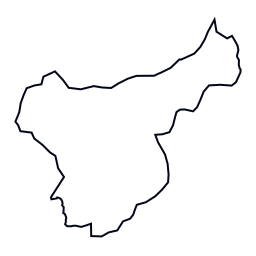 outline of Ethiope East, Delta, Nigeria
{"feature_id": "59680162B29085579275088", "entity_name": "Ethiope East", "entity_type": "district", "adm_level": 2, "iso_a3": "NGA", "parent_name": "Nigeria", "parent_adm1": "Delta", "projection": "orthographic", "projection_center": [6.0, 5.695], "detail": "fine", "context": "isolated", "style": "outline", "palette": "ink", "viewbox_px": 256, "rotation_deg": 0, "n_neighbors": 0, "source": "geoboundaries", "source_scale": "gbopen_adm2", "svg_char_len": 1554}
<svg xmlns="http://www.w3.org/2000/svg" viewBox="0 0 256 256"><path d="M235.9,82.3L240.4,72.5L240.6,69.4L239.6,68.2L238.8,64.8L238.9,59.9L237.1,56.8L237.0,55.7L238.4,50.0L237.5,45.6L235.6,42.0L232.0,35.9L227.1,38.4L216.5,31.7L214.5,19.6L207.9,31.8L204.9,39.1L200.4,46.9L199.4,48.0L194.3,53.6L184.6,58.0L181.1,59.6L179.4,59.4L170.7,67.8L161.1,72.6L157.7,74.0L154.3,75.7L147.9,75.8L144.9,75.8L143.3,75.8L139.4,75.9L136.3,75.9L130.5,77.8L128.0,78.6L118.7,83.3L111.1,88.0L102.1,87.5L93.9,86.1L80.8,89.3L68.7,87.8L63.1,80.1L55.0,71.4L43.4,76.7L41.4,84.3L34.3,85.5L26.7,88.2L24.4,93.4L23.7,94.9L20.7,103.2L19.3,112.1L16.8,118.3L15.4,121.6L18.2,125.3L20.4,131.2L31.6,132.6L34.3,138.6L42.4,144.8L50.0,152.4L55.4,155.9L58.1,168.2L64.0,177.0L51.0,197.2L51.4,199.3L56.7,198.4L57.1,197.5L58.8,197.8L61.0,199.1L62.2,201.3L62.6,203.8L62.1,205.2L62.5,205.8L63.7,207.1L63.5,211.8L63.3,213.1L64.2,213.6L64.9,214.0L65.5,215.6L66.0,216.7L66.3,218.0L65.8,219.5L65.9,221.8L65.1,224.3L67.2,226.2L67.6,226.1L68.7,226.3L69.9,226.2L71.2,226.3L72.9,225.8L75.7,225.7L81.2,226.9L86.5,225.3L91.0,223.7L91.2,236.1L101.7,236.4L108.7,232.4L117.3,230.4L123.0,221.4L130.1,218.7L133.2,214.7L134.7,210.2L136.8,204.8L146.0,202.2L151.4,198.7L155.1,196.4L162.1,189.6L168.1,182.3L168.5,175.6L168.6,174.5L167.6,163.7L165.0,154.4L157.9,142.0L155.3,134.8L159.0,134.5L162.2,134.3L169.4,132.2L173.0,125.4L175.0,117.4L176.5,112.1L179.8,109.7L184.4,109.4L193.1,111.3L197.1,107.2L200.2,100.3L203.7,91.6L209.0,85.4L220.4,84.8L231.6,85.6L235.9,82.3Z" fill="none" stroke="#020617" stroke-width="2"/></svg>